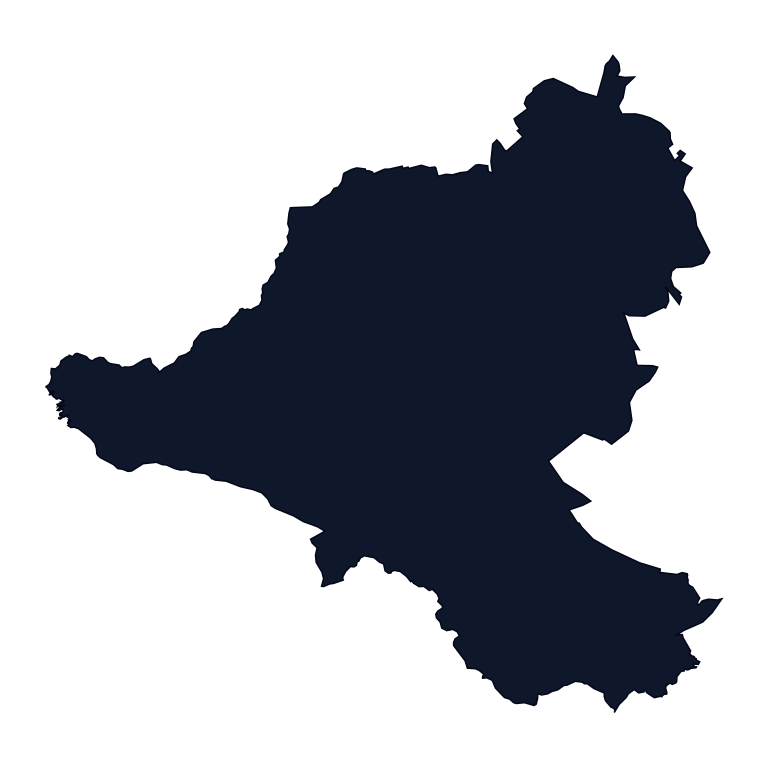 outline of Alba Iulia, Alba, Romania
{"feature_id": "2599482B11612848018350", "entity_name": "Alba Iulia", "entity_type": "district", "adm_level": 2, "iso_a3": "ROU", "parent_name": "Romania", "parent_adm1": "Alba", "projection": "robinson", "projection_center": [23.551, 46.066], "detail": "fine", "context": "isolated", "style": "filled", "palette": "ink", "viewbox_px": 768, "rotation_deg": 0, "n_neighbors": 0, "source": "geoboundaries", "source_scale": "gbopen_adm2", "svg_char_len": 6016}
<svg xmlns="http://www.w3.org/2000/svg" viewBox="0 0 768 768"><path d="M614.3,712.5L619.1,704.5L626.2,697.5L628.3,693.8L634.3,689.5L638.6,692.9L644.0,691.9L644.0,690.9L644.7,690.6L646.9,691.3L646.4,692.3L646.9,692.8L654.3,697.7L660.4,696.3L661.6,696.8L663.8,694.4L666.6,694.1L666.9,692.8L665.6,688.1L666.1,685.9L670.0,683.0L672.2,684.4L675.7,683.0L676.7,681.5L676.9,676.7L681.2,671.2L684.1,671.0L684.3,669.8L685.3,669.3L687.4,669.9L689.8,669.2L690.0,668.4L696.0,667.8L696.5,666.9L694.9,666.8L693.2,665.0L694.2,664.1L698.3,664.4L699.7,661.8L696.2,660.0L696.2,658.7L694.4,658.1L694.6,657.2L693.6,656.4L689.7,654.9L690.4,654.3L689.6,653.6L690.6,650.9L683.1,637.8L682.3,634.6L676.8,634.9L683.8,630.4L702.6,622.1L712.2,612.7L721.9,598.8L717.3,600.0L708.5,599.2L703.6,600.4L701.6,601.4L699.3,604.7L698.0,605.0L697.6,602.0L699.7,598.2L692.9,587.4L688.9,585.0L687.9,583.2L688.1,579.8L687.2,577.3L687.6,574.9L687.2,573.7L682.0,572.6L677.1,574.5L659.8,572.4L660.3,569.1L639.6,562.8L612.1,550.0L593.1,539.2L581.7,527.2L579.2,523.2L577.4,522.8L569.1,509.9L582.8,505.3L590.8,501.1L581.9,494.2L563.2,482.4L548.5,461.1L583.7,432.8L602.7,440.0L603.8,438.8L611.6,444.2L628.4,431.1L631.9,420.4L629.4,402.4L636.0,390.1L649.2,381.0L655.4,372.0L657.7,367.1L652.5,365.7L637.1,365.4L633.6,350.1L636.5,349.4L639.3,349.8L632.7,338.9L623.9,313.1L629.1,315.7L645.0,316.1L663.7,307.3L665.6,308.0L668.7,301.1L667.9,292.2L665.5,287.6L666.1,287.3L679.2,304.3L681.5,297.0L679.1,294.3L680.7,293.0L673.4,286.6L670.6,278.5L671.7,271.4L676.0,267.5L692.0,266.8L703.3,263.1L709.8,252.4L696.6,225.9L694.9,213.3L689.5,201.5L682.5,190.5L685.6,176.8L692.2,167.9L680.2,161.1L685.2,153.9L680.2,150.4L677.3,153.4L679.7,155.6L674.7,160.6L667.8,148.1L672.6,144.3L670.3,138.8L670.1,132.8L669.3,131.3L660.7,123.3L650.3,117.9L642.8,115.5L635.7,113.9L622.0,114.0L619.0,108.3L618.6,105.7L623.1,97.5L625.3,85.9L634.5,77.0L624.5,77.4L617.1,76.0L619.8,70.8L619.1,65.0L618.4,62.4L612.9,55.5L609.2,61.4L606.7,63.4L605.2,65.8L604.0,72.6L597.2,97.0L578.2,91.3L573.0,87.6L553.3,78.5L544.3,80.8L533.4,88.6L532.8,91.8L526.6,97.1L524.4,103.6L527.6,108.7L514.1,118.8L515.9,123.5L519.8,129.1L517.3,130.7L522.9,136.7L506.5,151.2L504.6,150.1L500.3,143.6L496.8,139.9L492.7,144.0L490.9,161.7L492.5,173.2L488.3,171.4L487.7,165.8L478.9,164.6L475.7,165.1L467.6,171.8L459.1,172.8L456.8,174.3L456.6,173.6L452.8,174.8L445.9,174.3L438.7,176.1L437.7,175.0L435.8,167.8L434.8,167.0L429.5,167.7L421.3,165.3L408.8,168.5L408.1,167.1L403.1,168.3L402.2,166.2L389.2,169.1L384.5,169.2L373.4,174.0L372.5,172.1L369.0,170.8L365.9,170.8L365.3,169.0L356.7,167.9L351.4,169.5L344.2,173.1L343.6,173.8L341.9,181.8L338.4,187.1L334.1,188.4L330.5,193.8L320.7,199.6L319.3,202.2L312.3,206.9L290.4,207.7L289.0,213.0L287.8,223.9L289.6,229.0L288.8,234.0L287.2,236.6L288.5,242.0L287.9,244.1L284.3,249.9L284.0,252.0L279.6,253.8L279.7,256.5L275.4,260.2L276.4,268.0L274.1,273.5L271.3,275.9L267.8,282.4L263.1,285.1L262.2,288.9L262.7,293.0L261.4,295.6L262.0,300.1L259.4,305.3L252.3,308.9L252.4,310.0L246.8,309.0L245.0,310.0L242.3,308.5L239.5,309.6L239.6,311.1L234.8,316.4L232.1,318.4L229.3,323.0L226.6,325.8L225.0,326.1L221.6,328.5L212.7,329.1L201.5,332.5L193.9,341.8L193.2,346.5L191.5,348.2L190.8,351.1L185.9,354.3L178.9,356.7L174.4,362.9L164.1,368.1L159.6,372.1L157.3,368.8L151.8,363.7L150.3,358.5L149.5,358.3L144.0,359.7L133.3,366.2L129.4,367.1L124.2,367.0L122.1,367.9L119.0,365.0L110.5,363.7L107.8,362.4L103.5,357.8L99.6,357.3L94.9,359.0L92.3,360.9L89.2,359.7L86.3,356.6L77.4,353.4L75.4,353.7L72.5,356.7L69.2,355.2L68.9,356.1L66.4,357.0L61.0,360.9L59.9,365.1L55.5,368.9L51.4,368.5L50.9,373.3L51.8,376.7L50.8,381.2L49.0,384.6L46.1,386.4L46.2,387.3L46.9,387.3L49.8,392.3L52.1,392.5L52.4,391.1L54.1,392.5L52.9,392.6L52.9,393.2L50.7,392.8L51.3,394.1L50.1,393.7L48.9,395.2L50.2,394.4L52.7,395.0L53.1,396.6L55.6,397.9L55.7,398.6L57.0,399.2L57.8,398.2L59.4,398.6L62.7,400.1L62.3,400.9L64.4,401.4L60.3,402.3L61.4,403.0L57.0,404.4L57.8,405.4L57.5,406.5L59.1,405.1L59.2,406.8L63.3,405.0L64.6,405.5L59.8,407.6L58.7,408.6L59.1,409.2L58.2,409.0L57.2,410.3L59.0,410.7L63.2,408.3L62.2,409.2L63.3,410.6L62.8,412.3L60.5,412.8L60.9,413.9L59.0,413.9L59.8,414.3L59.9,415.6L61.3,414.9L61.6,416.2L60.0,418.1L58.8,417.8L58.7,418.5L60.3,419.1L63.2,416.7L63.8,417.2L67.9,415.0L67.1,417.0L68.9,417.9L69.6,420.0L71.7,421.6L68.5,420.1L68.8,421.3L67.8,422.3L67.7,423.9L68.0,423.3L69.0,424.3L67.9,425.5L70.9,427.5L74.3,427.2L78.6,428.7L90.7,438.2L94.9,443.4L96.5,448.9L96.8,453.7L97.7,455.2L100.2,457.6L113.4,464.5L117.9,468.6L122.3,469.2L128.0,471.4L131.7,471.0L143.1,463.7L156.6,462.3L162.1,464.6L166.3,464.9L174.8,468.6L180.5,470.1L186.9,469.7L192.1,472.0L205.2,473.5L209.0,475.5L211.9,478.9L213.0,478.8L214.8,480.0L226.1,481.2L240.5,486.7L252.8,489.5L262.0,493.0L267.8,499.0L271.2,505.7L275.4,508.4L293.6,515.9L303.3,521.6L317.6,526.8L324.9,531.2L310.6,539.2L312.1,543.0L317.1,547.8L315.5,555.2L316.2,562.4L322.0,572.3L323.6,578.8L321.5,586.3L323.4,586.6L329.9,583.9L333.3,583.5L343.3,580.1L342.6,578.2L343.0,576.5L345.5,571.6L350.5,566.5L353.9,566.9L356.4,565.4L357.1,561.9L358.8,561.1L360.4,557.9L364.4,555.8L374.1,557.7L379.5,562.2L383.6,563.9L385.1,570.9L388.4,573.2L390.9,573.0L391.6,571.4L394.4,570.4L400.3,571.5L406.7,576.6L410.7,581.7L412.1,580.9L413.3,583.0L419.0,586.6L423.9,586.4L429.2,590.5L432.4,589.3L437.3,594.2L439.1,598.5L437.8,601.4L442.4,605.9L442.3,608.2L437.9,611.0L435.8,614.1L436.4,617.8L440.2,622.1L441.8,628.1L446.7,630.6L452.7,629.4L457.1,631.7L459.4,635.9L455.0,639.0L453.5,642.6L453.7,645.7L465.1,660.8L467.4,668.2L475.3,668.7L479.0,670.3L483.6,674.0L482.5,677.1L483.3,677.4L482.9,678.2L486.9,677.8L492.3,680.4L495.4,688.0L504.4,697.5L509.6,699.1L513.5,702.6L516.2,703.5L524.4,702.7L534.2,705.5L536.2,704.2L537.6,698.4L537.8,694.2L538.4,693.8L541.5,695.0L547.7,693.8L551.9,691.5L557.9,689.8L563.8,685.5L567.1,685.1L575.3,681.3L582.4,682.2L584.3,683.7L587.4,683.8L594.0,688.6L604.2,693.0L604.3,696.8L605.5,700.7L610.9,707.1L613.9,708.4L614.9,710.5L614.3,712.5Z" fill="#0f172a" stroke="#020617" stroke-width="1.5"/></svg>